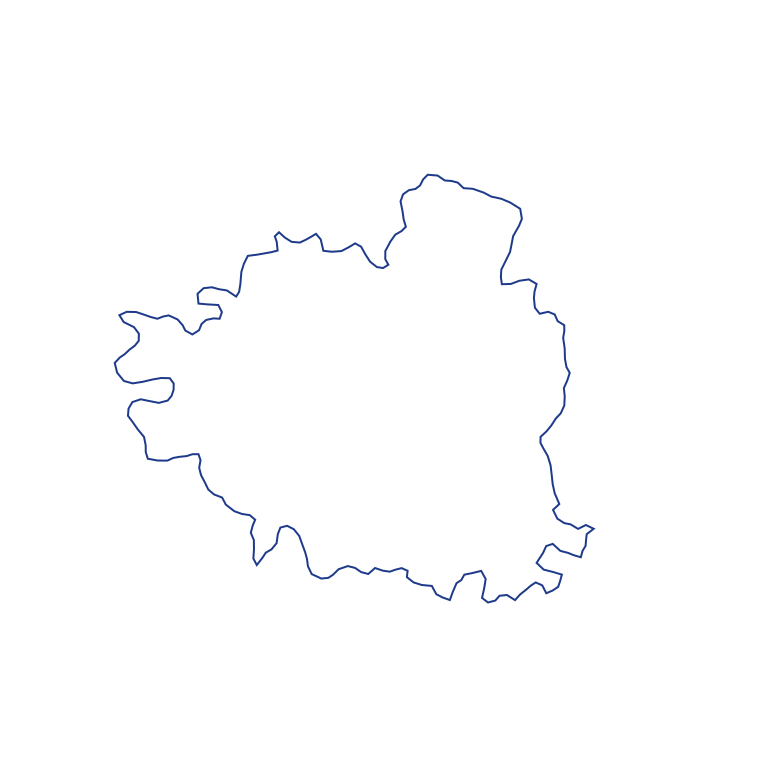 outline of Brunópolis, Santa Catarina, Brazil, rotated 123°
{"feature_id": "56859067B13796329271390", "entity_name": "Brunópolis", "entity_type": "district", "adm_level": 2, "iso_a3": "BRA", "parent_name": "Brazil", "parent_adm1": "Santa Catarina", "projection": "mercator", "projection_center": [-50.839, -27.348], "detail": "fine", "context": "isolated", "style": "outline", "palette": "blue", "viewbox_px": 768, "rotation_deg": 123, "n_neighbors": 0, "source": "geoboundaries", "source_scale": "gbopen_adm2", "svg_char_len": 3370}
<svg xmlns="http://www.w3.org/2000/svg" viewBox="0 0 768 768"><g transform="rotate(123 384 384)"><path d="M447.0,131.0L449.5,139.6L452.7,149.0L450.9,158.6L445.0,158.6L438.9,158.6L431.6,159.7L426.2,155.4L427.9,145.2L425.4,137.7L424.2,131.5L422.1,124.6L415.8,126.6L409.9,126.8L404.8,129.6L399.5,132.2L391.2,129.3L392.3,137.9L399.8,142.3L400.1,151.1L402.5,157.1L402.5,165.3L397.5,173.7L389.2,171.6L382.6,181.4L376.1,188.0L369.8,193.1L361.5,200.0L355.2,207.5L351.1,215.5L348.2,220.7L343.0,223.9L335.0,221.9L327.9,221.1L319.6,221.1L312.2,219.8L303.8,221.1L295.8,225.8L289.5,230.9L281.3,232.2L273.5,234.3L270.5,240.1L264.4,245.9L255.7,251.9L247.7,258.9L241.4,261.6L236.5,264.9L236.7,272.6L232.7,278.7L234.0,285.6L240.3,291.7L237.8,299.0L230.4,305.0L224.5,308.1L217.0,310.5L217.4,319.5L223.8,326.8L231.0,332.1L236.1,339.5L230.7,344.2L224.2,347.9L216.4,348.8L204.6,350.2L197.1,353.2L189.8,356.2L183.8,356.6L177.9,356.9L170.4,358.3L162.9,365.2L163.1,377.0L164.8,386.6L168.4,396.1L169.2,404.7L171.9,415.8L176.4,423.9L174.9,431.8L176.9,437.8L180.2,443.9L180.0,452.6L184.7,461.3L191.0,462.6L198.0,461.9L203.3,463.9L207.9,468.7L214.5,471.3L221.8,469.6L229.3,462.3L235.4,457.0L240.2,451.3L246.2,452.6L252.7,455.9L261.1,456.2L271.8,455.3L278.6,450.9L281.6,445.3L287.2,447.9L289.8,453.6L289.0,462.3L285.4,470.3L281.3,478.0L281.8,484.8L288.4,488.0L295.7,492.1L301.5,499.8L305.3,507.4L297.2,515.8L295.1,522.8L300.8,525.6L305.7,528.2L311.2,531.6L315.1,538.9L315.2,547.0L313.9,554.7L319.6,556.0L323.2,551.4L330.0,545.9L334.7,550.2L339.1,554.9L344.5,560.7L350.7,568.0L359.4,567.0L367.6,564.7L378.2,559.0L385.6,555.7L391.2,555.6L391.1,566.7L394.4,574.1L396.6,581.0L401.9,587.5L409.9,589.5L417.6,583.4L413.7,576.0L408.0,566.0L412.0,559.1L418.8,557.4L421.8,562.7L427.1,568.0L433.0,569.7L439.6,568.4L446.8,571.7L447.4,579.7L444.4,584.8L442.3,592.2L443.7,601.9L447.6,605.9L452.7,609.6L455.0,616.6L456.5,622.9L458.6,631.0L463.6,639.1L470.4,643.4L473.8,636.1L472.5,624.6L475.3,617.0L481.4,613.2L487.7,613.9L493.9,616.2L500.2,617.7L505.6,620.0L513.0,621.3L519.9,613.9L523.1,603.8L520.4,595.2L513.8,587.8L506.4,580.7L500.3,574.1L495.8,566.8L498.1,560.7L503.4,557.3L509.8,555.7L515.7,556.4L522.5,562.6L526.3,572.0L529.3,579.7L536.2,585.2L543.9,584.8L550.1,581.4L553.1,573.3L556.1,566.0L559.1,556.4L565.3,550.4L570.9,546.7L575.3,541.4L571.5,532.2L566.2,523.9L560.8,520.5L556.4,515.8L551.9,510.2L547.2,506.4L543.9,501.4L547.8,496.4L554.9,493.4L560.1,487.8L564.3,480.3L568.2,473.9L569.2,466.4L567.4,457.9L571.3,451.0L572.2,440.2L570.3,432.2L567.1,425.2L568.0,418.1L573.9,417.1L581.3,414.7L585.8,408.1L593.5,403.0L601.5,398.5L605.1,392.1L596.1,391.3L589.9,391.3L584.0,388.3L576.0,387.4L567.7,391.3L560.8,392.7L555.7,388.0L554.9,380.6L557.6,372.3L562.2,366.3L568.2,358.3L572.8,353.2L578.3,348.5L582.8,341.1L581.3,330.6L576.9,325.1L571.8,322.9L564.1,321.2L556.4,315.2L554.0,308.1L554.2,300.7L551.9,293.7L543.2,291.3L541.2,283.3L538.3,277.0L533.2,273.0L528.8,268.9L527.8,262.5L533.5,259.6L534.3,251.2L532.0,242.9L527.3,233.9L531.8,225.6L531.1,218.5L529.3,211.1L520.8,213.1L511.5,214.7L506.4,212.4L500.2,212.8L494.6,207.1L487.8,200.7L492.2,192.5L500.8,188.7L510.0,185.3L510.6,177.8L505.0,172.7L498.7,171.8L494.0,166.0L493.9,156.4L486.3,155.2L478.5,152.6L473.2,151.1L467.8,148.7L466.7,141.6L471.1,133.9L465.2,130.0L459.2,127.5L453.6,128.9L447.0,131.0Z" fill="none" stroke="#1e3a8a" stroke-width="2"/></g></svg>